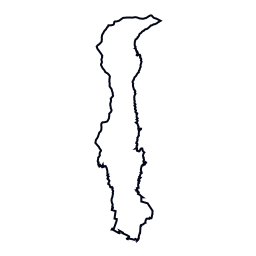 the district of Stanesti, Gorj, Romania
{"feature_id": "2599482B13485546632352", "entity_name": "Stanesti", "entity_type": "district", "adm_level": 2, "iso_a3": "ROU", "parent_name": "Romania", "parent_adm1": "Gorj", "projection": "orthographic", "projection_center": [23.248, 45.191], "detail": "fine", "context": "isolated", "style": "outline", "palette": "ink", "viewbox_px": 256, "rotation_deg": 0, "n_neighbors": 0, "source": "geoboundaries", "source_scale": "gbopen_adm2", "svg_char_len": 5945}
<svg xmlns="http://www.w3.org/2000/svg" viewBox="0 0 256 256"><path d="M141.1,225.0L142.7,224.6L145.0,222.9L145.5,222.8L145.4,221.4L145.6,220.6L146.4,218.9L146.8,218.6L149.2,218.8L149.4,218.0L149.7,217.7L150.0,218.0L150.9,218.4L151.4,218.2L151.7,217.5L152.2,214.5L152.5,214.1L152.4,212.1L152.6,210.9L147.6,203.3L141.3,201.5L141.3,197.3L142.7,197.3L141.2,196.2L139.8,194.8L138.9,194.4L138.7,194.0L138.0,193.9L138.3,192.7L138.7,192.3L138.4,191.9L137.5,191.9L137.5,190.8L136.3,190.7L136.3,190.2L136.2,190.1L137.2,189.9L137.3,189.3L137.0,189.1L136.9,188.2L137.7,188.2L138.0,187.8L138.5,187.7L138.1,187.1L138.4,186.5L138.1,184.8L138.2,184.0L138.6,183.5L138.4,183.4L138.4,182.6L138.6,182.2L138.8,182.1L138.7,181.9L138.7,181.4L139.3,181.5L139.6,180.9L139.4,180.5L138.2,180.5L138.1,180.3L138.7,178.6L140.0,178.4L140.3,178.0L139.1,178.1L139.3,177.7L139.7,177.4L139.2,176.8L140.0,175.9L140.1,175.0L140.8,173.6L141.5,173.1L140.8,172.5L141.5,172.1L140.8,169.9L141.5,166.4L141.9,165.9L142.9,165.4L142.3,165.2L142.7,164.7L143.1,164.5L143.3,164.7L144.6,164.5L144.6,164.0L145.9,163.7L144.8,163.5L145.0,163.2L145.6,163.0L145.6,162.6L145.9,162.5L145.6,162.1L144.9,162.8L143.8,162.8L143.7,161.8L143.4,161.5L143.5,160.8L143.9,160.6L144.0,159.6L143.6,158.2L143.4,158.0L143.7,157.5L143.1,156.6L143.0,155.5L143.3,154.3L143.9,152.9L144.3,152.5L142.7,150.8L142.3,148.5L141.3,148.4L140.4,149.3L140.0,150.3L139.3,151.3L138.8,151.4L137.8,150.9L137.2,150.9L136.9,150.5L137.0,149.8L136.6,148.8L136.9,149.2L137.1,149.2L137.0,148.3L135.7,148.5L136.5,147.8L136.6,147.3L136.6,145.9L136.8,145.5L137.2,145.5L137.4,144.5L137.3,143.8L136.4,143.3L136.8,142.2L136.6,142.1L137.3,141.1L137.4,140.6L137.5,140.0L137.3,139.8L137.6,139.4L137.3,137.8L138.0,137.0L138.4,136.0L138.6,136.0L138.9,135.6L138.7,133.9L139.0,131.7L138.8,130.7L139.7,130.4L140.2,129.5L140.9,129.3L141.0,128.7L139.9,128.6L139.2,129.0L138.4,129.2L138.2,128.2L138.6,126.6L138.0,125.8L137.7,124.3L137.3,123.5L136.6,123.2L135.9,122.5L137.0,122.0L137.7,120.7L137.5,120.3L136.5,119.5L137.6,118.3L136.6,117.2L136.7,115.1L136.6,114.6L137.3,113.7L137.2,113.3L136.2,113.0L135.4,111.9L135.4,111.6L135.9,110.9L136.0,110.5L135.0,109.4L135.0,109.2L135.3,109.0L134.9,108.5L135.0,107.9L135.6,107.3L135.4,106.8L134.5,105.8L134.4,105.4L135.3,104.8L135.5,104.3L134.4,103.0L134.8,101.0L134.3,100.0L134.4,98.3L134.2,97.2L134.6,95.4L135.5,93.7L134.8,92.7L135.3,91.7L135.2,91.0L134.7,90.7L134.6,90.0L133.8,89.2L133.7,88.3L133.0,86.3L133.0,85.2L132.9,84.6L133.2,83.5L132.6,82.4L132.6,81.9L132.7,81.2L133.3,80.6L133.5,80.3L133.5,79.6L134.0,79.1L134.4,77.5L136.1,75.8L136.8,74.5L137.8,73.0L138.8,72.3L138.8,70.9L139.6,69.8L140.1,67.8L140.7,66.9L140.5,65.2L141.6,61.6L140.9,60.6L141.3,59.3L141.1,58.5L140.4,58.1L140.3,57.3L140.0,57.0L140.0,56.6L140.4,56.0L139.9,54.8L138.6,54.8L137.5,55.5L136.7,55.2L136.8,54.6L137.9,53.4L137.9,53.0L136.8,52.2L136.6,51.8L137.1,51.3L136.1,50.3L135.9,49.0L135.0,48.4L135.5,48.1L135.3,47.5L135.6,46.9L134.9,46.1L134.7,44.9L134.8,41.8L135.6,39.4L136.6,38.9L137.4,38.2L137.5,37.3L138.2,36.9L138.9,35.8L139.6,33.9L141.0,33.0L142.0,31.7L143.1,31.1L143.4,30.7L144.2,30.5L144.7,29.7L145.6,29.2L146.6,29.1L147.4,28.7L149.1,27.3L150.8,25.5L151.7,25.4L153.6,24.3L154.5,24.3L156.6,23.4L157.6,22.6L160.6,20.8L156.7,18.8L154.0,17.9L153.3,17.4L151.7,15.6L151.2,15.4L149.9,15.6L146.3,17.9L143.0,18.8L139.5,18.4L137.2,17.5L135.7,17.2L134.1,17.3L132.9,17.6L127.4,17.5L123.0,17.9L119.1,20.7L116.9,21.4L114.8,21.5L114.2,22.1L114.1,23.4L113.8,24.3L113.4,24.7L111.2,25.3L108.4,25.3L108.0,26.5L107.2,27.2L105.9,29.4L104.6,30.6L102.1,35.0L102.0,36.2L101.7,37.2L101.9,39.4L101.7,40.0L101.7,41.4L101.5,41.8L99.6,43.9L97.8,45.2L96.7,46.5L97.4,48.7L101.2,53.9L102.3,55.8L102.0,56.3L102.2,57.1L101.4,59.5L102.0,62.3L101.0,64.2L101.0,64.9L102.7,68.3L104.4,70.3L105.3,72.1L107.7,73.5L109.3,75.3L109.8,76.3L109.9,76.8L109.6,77.7L109.7,78.3L109.4,79.0L109.5,80.4L109.3,81.2L109.7,83.5L109.6,86.4L111.5,89.0L112.1,91.3L112.7,92.7L112.8,93.5L112.7,94.5L113.1,95.7L112.8,96.4L111.8,97.3L110.7,98.7L111.0,99.7L110.9,101.6L110.3,103.4L110.3,105.4L110.6,106.2L110.8,108.4L111.6,110.0L111.2,111.6L109.2,113.8L109.3,115.1L109.0,118.0L108.8,118.7L107.4,121.2L106.9,121.6L104.7,122.2L102.4,122.4L101.5,123.4L101.2,125.2L101.5,127.0L101.3,129.9L100.5,131.5L99.3,132.6L97.9,136.9L97.2,138.1L95.9,140.0L95.4,142.9L99.0,147.1L99.4,148.1L101.0,150.3L100.8,151.2L100.1,152.0L99.7,153.1L99.6,154.3L99.9,155.3L99.1,156.7L98.2,157.5L98.2,158.6L97.7,161.0L98.1,162.6L98.6,162.6L98.3,164.4L98.9,164.5L98.7,164.7L99.3,164.9L99.5,165.2L99.0,166.0L99.3,166.5L100.5,165.4L101.6,166.8L102.5,166.6L102.7,166.0L102.6,165.3L102.8,164.9L102.9,165.6L103.7,165.9L103.3,166.3L103.4,166.5L103.2,166.6L103.1,167.0L105.6,166.1L106.1,167.0L106.6,167.9L107.3,170.7L107.4,172.1L107.4,174.3L107.5,174.7L107.9,174.7L107.3,175.6L108.6,176.4L108.1,176.9L108.0,177.4L108.2,178.4L107.5,178.4L107.4,178.6L107.9,179.3L108.7,179.8L109.1,180.6L109.4,180.8L109.2,181.7L108.4,183.0L108.2,183.9L109.3,184.4L109.6,185.1L110.3,187.2L110.9,187.4L111.8,187.0L112.0,187.3L112.4,187.4L112.7,188.2L112.7,188.6L112.3,189.0L112.5,190.1L113.0,190.5L113.2,191.1L112.7,192.6L113.0,193.3L112.3,197.3L111.7,198.6L111.5,200.5L112.0,203.0L112.6,204.1L112.6,205.9L112.2,206.4L112.2,207.0L113.0,207.6L112.9,208.1L112.0,208.7L111.8,210.0L115.6,211.1L114.5,218.6L116.8,219.1L116.5,221.2L113.7,229.0L112.3,228.6L111.7,229.6L113.4,229.9L113.4,230.0L118.1,232.7L118.3,232.4L119.3,233.2L119.5,233.1L119.3,232.8L119.5,232.0L119.3,231.8L119.7,231.0L119.6,230.8L122.8,232.6L122.5,233.2L127.0,235.2L129.1,236.5L129.0,237.0L128.7,236.9L128.1,238.0L126.9,238.6L127.0,238.9L127.8,239.2L128.0,238.7L128.8,238.6L131.5,239.0L134.3,239.8L135.3,238.9L136.5,239.6L137.1,239.6L136.7,240.6L137.1,240.6L137.7,240.2L137.9,239.5L138.0,239.6L137.9,240.0L138.0,239.9L138.8,238.4L138.8,236.3L139.7,233.4L139.9,233.3L139.8,232.9L140.1,232.6L140.5,226.5L141.1,226.1L140.8,225.3L141.1,225.0Z" fill="none" stroke="#020617" stroke-width="2"/></svg>